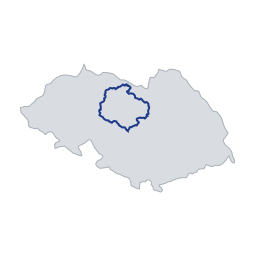 where Vysočina sits in Czechia, rotated 184°
{"feature_id": "CZE-1594", "entity_name": "Vysočina", "entity_type": "Region", "adm_level": 1, "iso_a3": "CZE", "parent_name": "Czechia", "parent_adm1": "", "projection": "albers", "projection_center": [15.646, 49.41], "detail": "fine", "context": "in_parent", "style": "outline", "palette": "blue", "viewbox_px": 256, "rotation_deg": 184, "n_neighbors": 0, "source": "natural_earth", "source_scale": "10m", "svg_char_len": 6683}
<svg xmlns="http://www.w3.org/2000/svg" viewBox="0 0 256 256"><g transform="rotate(184 128 128)"><path d="M236.6,141.0L235.8,141.1L234.0,141.9L231.6,142.3L229.0,142.3L227.0,143.7L225.2,145.9L223.3,147.5L222.3,148.9L221.7,150.3L215.2,154.5L214.4,156.2L213.7,158.4L213.5,161.5L213.1,164.2L212.0,165.7L208.4,167.0L207.5,167.7L206.9,169.1L204.9,171.3L202.6,173.4L198.3,175.8L193.6,176.6L187.5,176.0L183.9,175.2L182.2,176.2L179.8,179.3L177.4,184.5L176.4,188.4L175.5,187.4L174.0,183.2L172.3,182.7L170.0,182.4L168.3,181.8L164.6,179.5L162.7,178.8L160.5,178.6L158.5,180.0L156.9,181.7L152.0,181.7L146.7,181.0L139.0,175.5L137.0,175.5L134.9,175.7L131.6,174.4L125.1,170.9L122.1,170.0L120.2,170.5L118.4,171.3L117.2,171.4L116.5,170.2L114.1,168.8L111.7,168.6L111.0,169.4L110.1,177.3L109.3,180.1L105.9,179.9L104.7,181.2L102.1,185.0L101.5,188.6L97.0,187.8L94.8,187.2L92.9,187.6L90.8,189.6L84.9,189.4L80.3,188.1L78.4,183.5L76.3,181.7L73.6,180.0L72.7,179.7L71.3,177.2L68.6,174.1L64.2,169.8L60.7,169.9L59.4,168.8L58.9,167.2L57.5,164.5L55.9,162.7L53.9,161.9L51.1,159.5L47.5,154.2L44.1,150.6L40.8,150.5L38.7,148.6L36.6,146.1L35.1,143.7L32.9,137.9L31.2,134.6L29.9,132.5L28.4,130.8L27.9,129.5L29.9,126.5L30.7,125.0L31.6,123.9L32.1,122.7L32.1,121.8L30.5,118.8L28.2,116.5L24.9,114.2L22.8,111.3L22.1,108.7L21.9,107.3L20.5,105.4L19.4,102.6L19.5,100.9L19.8,100.5L20.9,100.5L22.2,101.7L23.9,104.0L25.2,107.2L26.2,106.0L28.0,102.7L31.2,99.0L34.3,97.0L37.1,96.9L39.4,96.4L41.3,95.4L44.6,95.9L46.9,96.8L47.7,96.4L48.7,94.4L49.4,92.7L54.7,91.9L56.6,88.6L57.6,88.7L58.8,88.2L59.9,87.0L61.0,86.5L61.8,87.2L62.9,87.6L64.1,86.8L65.9,83.1L66.9,82.5L71.5,82.1L77.8,80.0L81.0,78.0L84.1,77.0L87.5,75.2L92.8,73.4L93.1,72.6L90.6,70.7L89.8,69.4L89.3,68.2L90.2,66.8L91.4,66.4L92.9,67.0L97.2,67.9L98.4,68.7L98.9,70.7L100.0,72.5L100.9,72.7L100.5,75.7L101.9,76.8L103.9,77.8L105.3,77.6L106.3,76.4L106.7,75.6L109.4,75.5L112.2,74.3L112.4,72.2L112.3,68.4L112.6,67.9L116.7,69.0L120.9,70.7L121.5,74.5L122.6,76.4L123.9,78.1L125.2,78.8L127.4,79.0L133.0,81.2L135.8,81.7L138.6,83.2L141.0,84.8L142.7,85.1L143.5,86.9L144.6,88.1L146.5,87.1L153.3,85.8L155.8,87.5L157.5,89.3L157.7,89.9L156.9,91.5L156.4,92.7L155.7,93.6L153.4,94.4L152.1,95.9L151.1,97.4L151.8,98.9L153.7,100.0L155.1,100.2L155.6,101.3L160.0,106.1L163.6,112.4L165.0,113.4L166.3,113.6L167.7,112.6L169.4,110.6L171.4,109.1L173.1,108.3L176.1,106.5L176.2,105.3L173.6,101.1L172.1,97.6L172.5,97.0L175.7,97.5L181.2,99.3L189.7,105.3L191.2,105.3L194.2,104.7L197.3,103.6L198.8,102.4L199.4,102.8L200.0,106.2L199.2,108.1L195.4,110.0L195.7,110.9L196.7,112.0L198.4,112.8L200.6,114.9L202.1,117.4L203.4,118.5L204.8,119.0L208.3,117.6L209.3,116.5L209.7,115.7L210.4,115.9L211.6,117.1L212.0,117.8L215.5,119.1L217.5,120.7L218.8,121.5L220.2,120.7L225.6,121.8L227.1,122.9L227.7,124.8L227.5,126.0L228.4,129.0L235.6,135.9L236.5,139.5L236.6,141.0Z" fill="#d9dde1" stroke="#a8b0b8" stroke-width="1"/><path d="M157.3,138.7L157.2,139.3L157.1,139.9L156.7,140.9L156.7,141.1L156.8,141.3L157.7,142.2L157.8,142.5L157.9,142.8L157.9,143.1L157.9,143.4L157.8,143.7L157.8,143.9L157.6,144.1L156.7,144.2L156.5,144.3L156.4,144.5L156.6,145.4L156.7,147.7L156.8,148.1L157.4,150.0L157.4,150.3L157.4,150.6L157.3,150.9L154.5,152.6L154.0,153.1L153.7,153.6L153.6,153.9L153.5,154.3L153.5,154.6L153.5,154.8L153.6,155.0L153.8,155.4L153.9,155.6L153.9,155.8L153.8,156.1L153.1,156.3L152.9,156.5L152.7,157.3L152.6,158.0L152.7,158.3L152.7,158.5L152.9,158.7L153.3,158.9L153.5,159.0L153.6,159.4L153.6,159.7L153.6,159.9L153.4,160.2L153.0,160.8L152.8,161.0L152.8,161.3L152.8,161.5L153.1,162.4L153.2,162.6L153.2,162.8L153.1,163.0L152.9,163.5L152.2,164.4L149.9,165.2L149.7,165.3L149.1,166.3L148.8,166.5L148.5,166.7L146.2,166.3L145.5,166.8L145.3,166.9L144.3,166.9L143.9,166.8L143.7,166.7L143.4,166.2L143.2,165.9L142.8,166.1L141.9,167.1L141.5,167.1L141.3,167.1L141.2,167.3L141.0,167.5L140.9,168.2L140.7,168.4L140.5,168.5L139.4,168.4L138.4,168.9L136.1,171.0L135.9,171.0L135.7,171.0L134.7,170.1L134.2,170.1L133.7,170.4L133.4,170.7L133.3,170.9L133.1,171.3L132.9,171.4L132.7,171.5L132.5,171.4L131.9,170.4L131.7,170.2L131.4,170.1L131.2,170.0L130.9,170.2L130.8,170.4L130.7,170.3L130.6,170.0L130.4,169.9L129.9,169.7L129.4,169.6L129.1,169.6L128.9,169.4L128.8,169.2L128.7,168.9L128.6,168.7L128.4,168.7L128.2,168.3L128.3,167.9L128.5,167.6L129.6,166.3L129.7,166.0L129.8,165.7L129.8,165.4L129.9,165.1L129.9,164.9L130.0,164.9L130.9,164.8L131.2,164.7L131.3,164.6L131.5,164.5L131.5,164.4L131.5,164.1L131.3,163.8L129.7,162.3L129.6,162.2L129.4,162.2L128.1,162.7L127.6,162.8L126.1,162.5L125.9,162.5L125.4,162.6L125.2,162.5L123.6,161.0L123.4,160.8L123.3,160.4L123.2,160.0L123.1,159.2L123.0,158.7L122.8,158.5L122.6,158.4L121.0,158.2L120.6,158.1L118.7,157.1L118.4,157.1L118.2,157.2L117.6,158.1L117.3,158.2L116.0,157.3L115.2,156.2L114.2,155.5L113.5,154.8L113.0,154.5L112.7,154.5L112.4,154.6L111.9,155.1L111.6,155.2L111.3,155.1L110.7,154.8L109.4,153.6L109.3,153.3L109.2,153.1L109.2,152.8L109.2,151.8L109.2,151.6L109.2,151.4L108.5,150.7L108.4,150.5L108.3,150.2L108.3,149.8L109.0,147.1L109.1,146.2L109.0,145.4L108.5,143.6L108.6,143.4L108.8,143.3L110.0,143.0L110.2,142.8L110.3,142.6L110.3,142.4L110.2,142.1L110.1,141.9L109.6,141.4L109.9,141.3L110.3,140.9L110.4,140.7L110.5,140.5L110.6,140.3L110.7,140.1L110.8,140.0L111.4,139.7L111.5,139.6L111.5,139.4L111.4,139.2L111.4,138.9L111.5,138.8L111.6,138.7L112.0,138.7L113.3,139.3L113.6,139.3L114.1,139.2L114.8,139.0L115.8,139.0L116.3,139.3L117.3,139.1L119.8,137.9L119.9,137.3L119.8,136.8L119.6,136.3L119.5,136.1L119.3,135.9L117.8,134.7L117.7,134.5L117.6,134.3L117.7,134.0L117.9,133.7L118.6,132.8L118.9,132.5L119.0,132.3L119.0,132.1L119.1,131.8L119.2,131.6L119.3,131.5L119.4,131.3L119.5,131.2L119.8,131.1L120.0,131.1L120.4,131.4L120.5,131.4L120.8,131.4L122.1,130.6L123.3,130.2L124.4,129.1L124.6,129.0L124.9,129.1L125.4,129.1L125.9,129.1L126.2,128.9L126.3,128.8L126.5,128.6L126.5,128.4L126.7,127.6L126.7,127.4L126.8,127.2L126.9,126.9L127.1,126.7L127.3,126.4L127.7,126.3L127.9,126.1L127.9,125.9L127.9,125.3L127.9,124.9L129.3,125.9L129.9,126.6L130.8,128.0L131.1,128.3L131.3,128.4L133.8,128.2L134.3,128.4L135.8,129.5L136.7,129.7L137.1,130.0L137.3,130.2L137.4,130.5L137.5,131.0L137.7,131.3L138.5,131.7L139.0,132.1L139.5,132.7L140.0,133.7L140.8,133.9L141.1,133.8L141.3,133.8L141.8,134.0L142.1,134.1L142.4,134.1L142.7,133.9L143.2,133.3L143.4,133.2L143.8,133.1L144.0,132.8L144.2,132.4L144.3,132.2L144.6,132.1L144.8,132.2L145.3,132.5L145.7,132.7L146.2,132.9L146.9,133.0L147.3,133.2L147.5,133.5L147.7,134.0L148.0,134.1L148.3,134.2L149.0,134.1L149.8,134.2L150.5,134.4L151.5,134.8L152.7,135.6L153.1,136.0L153.4,136.3L153.6,136.7L153.8,137.0L154.2,137.3L155.3,137.7L156.7,138.5L157.3,138.7Z" fill="none" stroke="#1e3a8a" stroke-width="2"/></g></svg>